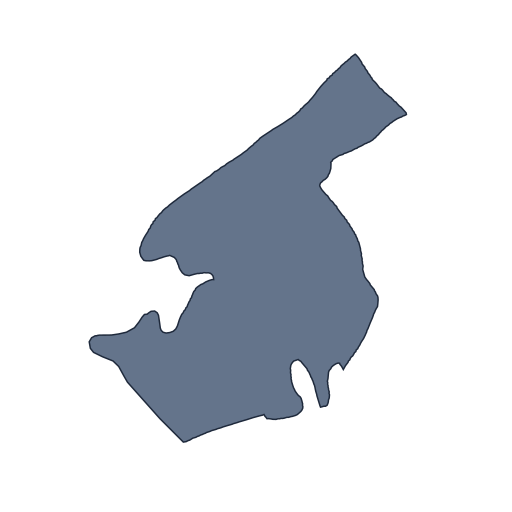 the district of Cidade De Xai-Xai, Gaza, Mozambique, rotated 253°
{"feature_id": "85939544B37239521731461", "entity_name": "Cidade De Xai-Xai", "entity_type": "district", "adm_level": 2, "iso_a3": "MOZ", "parent_name": "Mozambique", "parent_adm1": "Gaza", "projection": "equal_earth", "projection_center": [33.662, -25.05], "detail": "fine", "context": "isolated", "style": "filled", "palette": "slate", "viewbox_px": 512, "rotation_deg": 253, "n_neighbors": 0, "source": "geoboundaries", "source_scale": "gbopen_adm2", "svg_char_len": 6119}
<svg xmlns="http://www.w3.org/2000/svg" viewBox="0 0 512 512"><g transform="rotate(253 256 256)"><path d="M172.9,96.2L128.5,116.6L99.3,132.1L98.9,135.0L99.3,136.9L99.3,138.8L100.3,142.4L100.2,145.5L100.6,147.1L100.6,149.0L101.0,150.6L101.0,152.6L101.3,154.0L101.3,155.6L101.7,157.2L101.7,160.4L102.0,162.6L101.9,166.9L102.1,168.6L102.0,172.2L102.2,174.4L102.2,179.0L102.1,183.9L102.3,185.5L102.2,189.1L102.3,191.0L102.2,199.1L102.3,205.9L102.1,212.7L101.9,215.9L102.1,217.3L99.8,217.8L98.8,218.4L97.2,218.9L96.8,220.5L95.9,222.5L94.9,224.4L93.9,227.4L93.9,229.3L93.4,231.1L93.4,232.5L92.9,233.8L92.7,235.4L92.7,238.3L92.2,240.0L92.2,242.3L92.0,243.9L92.0,247.2L92.3,249.2L94.2,253.4L95.3,254.9L96.8,256.2L98.3,256.8L99.5,256.8L101.2,257.4L102.5,257.4L103.7,257.5L106.7,257.5L108.3,257.1L109.9,256.0L111.0,255.4L114.2,254.3L116.0,253.8L117.0,253.8L118.7,253.4L121.4,253.3L125.5,253.3L126.7,253.6L128.3,253.6L129.7,254.2L131.0,254.2L132.3,254.8L134.1,254.8L136.8,255.8L138.1,255.8L141.2,257.3L142.3,258.2L143.5,259.7L144.5,261.3L144.7,266.1L143.5,266.8L142.2,268.1L140.5,268.7L133.3,271.8L131.8,271.8L129.0,272.8L127.9,272.8L126.2,273.1L124.4,273.1L123.1,273.5L120.8,273.7L119.6,273.9L116.6,273.9L115.4,274.1L113.2,274.0L111.5,273.8L109.1,273.6L106.1,273.6L104.4,273.4L94.1,273.4L92.6,273.5L92.5,275.0L92.5,277.0L92.0,278.6L92.5,280.4L94.2,281.8L95.4,282.5L97.1,283.2L98.8,284.5L101.8,285.7L103.5,285.7L104.6,286.3L107.0,286.3L108.2,286.6L109.6,286.6L110.9,287.0L112.4,287.0L113.9,287.6L115.3,287.6L117.8,289.0L123.7,291.4L125.2,292.6L126.3,294.5L127.7,295.8L128.6,297.7L129.2,299.6L129.6,301.3L129.6,303.2L129.0,304.6L127.7,304.6L126.6,305.2L124.9,305.7L121.9,306.3L124.9,309.4L127.4,312.9L128.6,313.7L129.3,315.4L130.5,316.2L131.6,317.6L132.1,319.1L133.2,320.4L134.8,321.9L135.4,323.5L136.9,324.4L137.6,326.2L138.8,327.1L140.5,329.2L142.0,330.5L143.3,331.9L145.7,334.8L148.6,337.5L149.6,338.3L151.0,339.6L152.2,340.2L153.8,341.8L158.7,345.7L162.8,349.2L164.8,350.7L166.2,351.6L167.4,352.9L169.2,354.3L170.7,355.8L172.1,357.4L174.9,358.6L178.2,359.9L180.6,360.5L182.2,360.6L185.0,359.7L186.5,359.7L188.0,359.2L189.4,359.2L195.0,356.8L196.4,356.8L197.9,356.2L199.5,355.6L201.0,354.9L204.1,353.9L212.0,354.1L215.1,355.5L217.9,355.6L219.3,356.1L220.7,356.1L222.3,356.7L225.7,356.8L227.3,357.5L230.9,357.6L232.2,358.0L239.2,358.3L240.4,357.8L242.9,357.9L245.7,357.4L247.1,357.5L248.3,356.8L250.1,356.8L252.6,355.8L254.0,355.8L257.1,354.6L258.9,354.6L262.0,353.1L263.6,353.2L266.0,351.8L267.3,351.9L269.8,350.5L278.0,347.6L279.6,347.6L281.0,346.9L282.1,346.1L284.0,345.6L285.9,344.8L287.4,343.6L290.6,342.6L292.6,342.1L294.4,340.8L299.9,338.4L301.7,337.9L304.4,337.4L305.7,338.0L307.1,339.2L307.6,340.6L308.7,342.5L309.1,344.4L310.0,346.3L311.1,348.0L312.6,349.0L313.6,350.3L315.3,351.5L317.8,353.1L322.6,354.8L323.7,354.8L324.8,356.9L325.8,357.6L327.8,364.9L327.7,368.8L328.3,370.2L328.2,372.4L328.6,375.9L328.6,377.8L329.6,382.1L329.5,384.0L330.1,385.3L330.5,388.8L330.9,390.8L331.5,392.7L331.5,394.6L331.9,396.2L331.9,397.8L332.9,401.6L333.9,403.5L334.3,404.9L335.4,406.4L336.3,408.6L337.4,410.1L338.1,411.5L339.1,412.9L339.6,414.4L340.6,416.4L341.5,417.8L342.5,421.0L343.6,422.9L344.0,424.8L344.7,426.4L346.0,431.1L346.4,434.1L346.4,435.7L346.9,437.5L346.9,439.2L347.3,441.2L349.0,441.4L355.9,438.2L357.5,436.9L360.6,435.4L362.1,434.9L363.5,433.5L365.1,432.9L366.5,432.1L367.8,431.6L369.4,430.3L371.8,428.7L373.1,428.0L374.8,426.6L377.6,425.5L379.0,424.8L380.4,423.4L385.4,421.6L387.2,420.8L390.8,418.8L392.1,418.9L393.4,418.2L395.8,417.7L398.6,416.5L400.0,416.5L403.3,415.2L405.0,415.2L408.6,413.6L410.4,413.6L415.7,412.0L419.0,410.5L420.0,409.8L418.4,405.1L417.3,403.6L416.9,402.1L415.7,399.9L415.3,398.2L414.3,396.4L413.7,394.7L412.7,392.6L411.5,391.3L411.1,389.8L410.0,388.1L409.6,386.5L408.5,384.7L408.0,382.8L406.7,381.6L406.2,379.3L405.0,378.1L404.6,375.9L403.3,375.0L401.7,371.7L399.3,367.7L395.5,362.2L394.0,360.5L391.2,356.5L389.1,353.0L388.0,351.5L387.0,349.4L386.4,347.8L385.5,345.9L384.0,343.6L383.5,341.7L382.2,340.5L381.1,338.3L380.6,336.7L379.5,334.8L378.9,332.6L378.0,330.8L377.0,327.2L375.0,320.8L373.4,314.7L372.1,308.9L371.5,307.4L368.5,297.2L367.4,294.0L366.2,292.4L365.7,290.9L364.8,289.2L364.2,287.3L362.9,285.5L362.4,283.8L360.9,280.3L359.9,278.6L358.3,273.8L357.4,271.6L355.0,263.2L354.4,261.9L353.6,257.8L352.7,254.8L351.6,252.6L351.2,250.1L350.8,248.3L349.8,246.3L348.8,243.0L348.8,241.4L345.8,235.2L345.0,232.0L344.4,230.4L343.8,228.2L342.7,226.0L342.3,224.3L339.5,215.5L339.0,213.8L338.0,211.6L336.4,205.8L333.7,197.8L333.0,196.2L331.9,193.0L330.0,188.0L328.8,185.8L328.3,183.9L327.3,181.6L326.6,180.2L325.1,178.2L324.4,176.3L322.9,174.1L321.6,172.4L321.2,170.8L319.7,169.9L318.8,167.7L317.1,166.8L316.6,165.4L315.3,164.0L313.8,163.1L312.7,161.2L311.1,160.0L308.2,156.5L305.4,153.5L303.7,152.1L302.4,150.7L299.5,149.1L298.2,147.8L296.7,147.0L293.6,145.9L289.4,145.8L286.1,146.9L284.6,147.5L283.6,149.4L282.5,152.8L282.0,155.0L281.8,160.0L282.0,162.2L282.0,165.8L282.1,167.4L282.0,170.7L281.8,172.3L281.8,173.7L278.5,177.5L275.8,178.7L274.0,178.7L272.7,179.0L271.4,178.9L270.2,179.2L267.1,179.1L264.7,179.6L261.5,180.6L258.8,182.4L256.7,186.3L256.6,191.5L256.4,194.9L255.9,196.4L255.8,197.9L255.3,199.4L255.3,201.4L254.4,203.5L253.9,205.5L252.7,207.4L251.0,208.5L249.5,209.0L247.9,209.0L245.8,208.6L246.3,207.0L246.3,204.2L245.9,200.3L244.9,196.8L244.9,195.2L243.5,190.9L242.5,188.8L241.3,188.0L240.2,186.1L238.7,184.8L237.6,184.0L236.4,182.9L235.1,182.2L234.1,180.6L232.8,180.0L231.7,178.5L230.1,177.2L228.9,176.1L227.6,175.3L227.0,173.9L225.3,172.6L224.6,171.1L223.0,169.7L221.9,167.9L220.4,166.6L220.3,166.4L217.2,163.9L212.1,160.4L209.7,158.0L208.2,154.9L208.0,151.3L208.6,147.5L210.3,144.8L212.6,143.6L215.0,143.4L220.4,144.3L227.8,145.4L230.6,144.9L233.0,143.0L233.8,139.4L232.9,136.5L232.2,135.0L232.7,132.2L230.8,129.2L227.1,124.8L222.9,118.8L221.0,109.8L221.6,101.9L222.7,94.6L226.1,83.1L226.4,81.0L226.3,80.4L226.7,78.8L225.9,74.9L222.7,71.4L216.1,70.6L211.3,72.5L204.5,79.8L197.4,88.6L190.5,92.4L179.9,94.6L172.9,96.2Z" fill="#64748b" stroke="#1e293b" stroke-width="1.5"/></g></svg>